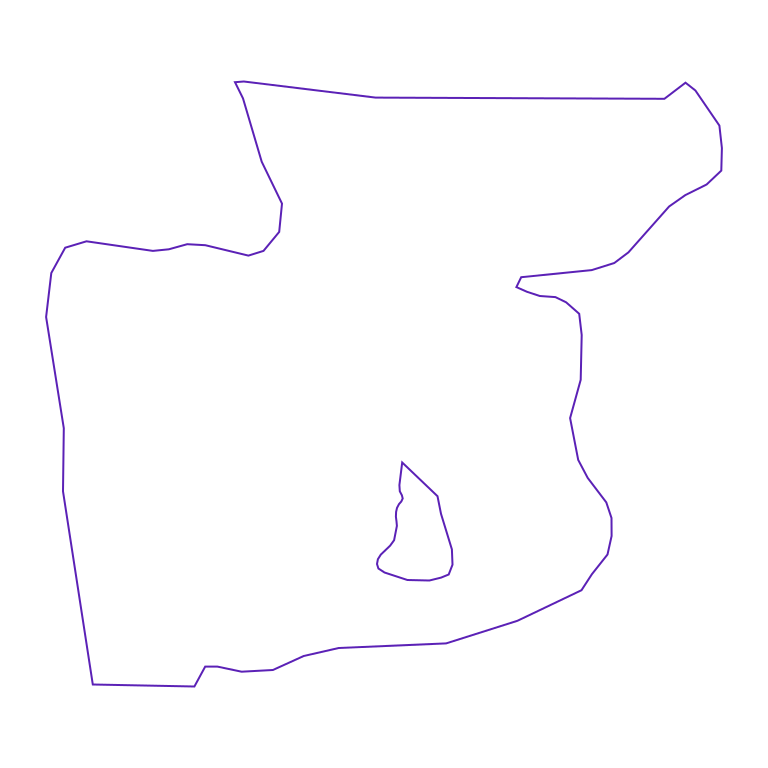 the Region of Tunapuna/Piarco
{"feature_id": "TTO-61", "entity_name": "Tunapuna/Piarco", "entity_type": "Region", "adm_level": 1, "iso_a3": "TTO", "parent_name": "Trinidad and Tobago", "parent_adm1": "", "projection": "mercator", "projection_center": [-61.281, 10.685], "detail": "fine", "context": "isolated", "style": "outline", "palette": "violet", "viewbox_px": 768, "rotation_deg": 0, "n_neighbors": 0, "source": "natural_earth", "source_scale": "10m", "svg_char_len": 1169}
<svg xmlns="http://www.w3.org/2000/svg" viewBox="0 0 768 768"><path d="M235.0,82.2L243.8,81.5L375.6,97.6L664.4,98.8L685.5,82.7L695.4,90.5L719.4,125.6L721.9,148.1L721.3,170.6L706.6,184.5L685.3,195.1L669.1,206.5L628.4,252.4L614.3,263.0L591.7,270.1L521.2,277.2L516.4,287.1L527.0,291.8L539.8,296.0L555.4,297.1L566.1,302.3L579.2,313.8L581.7,335.0L580.7,379.8L570.1,418.1L578.2,459.9L587.7,477.9L606.3,502.4L611.5,518.0L611.6,536.0L607.5,554.5L591.9,574.2L581.5,590.2L517.4,620.8L446.1,643.4L338.7,648.0L303.7,656.0L272.9,670.0L241.6,671.7L217.4,666.6L205.2,666.6L194.4,686.5L92.8,684.5L63.0,491.3L63.8,428.2L46.1,317.0L51.3,273.0L65.2,247.7L86.5,241.3L152.9,250.9L168.8,249.3L187.2,244.2L205.3,245.2L248.4,255.6L263.5,250.9L279.2,231.9L282.0,203.6L261.7,161.7L243.0,98.4L235.0,82.2ZM429.4,580.5L441.1,577.6L448.7,574.5L452.5,564.7L451.9,549.4L441.0,513.8L437.5,496.2L402.2,462.5L399.4,485.1L399.8,491.3L401.9,495.3L402.7,498.5L401.3,501.5L399.0,504.1L397.0,507.9L396.1,511.9L395.9,516.7L396.5,521.4L396.9,525.9L394.1,540.2L390.1,545.7L380.8,554.6L377.9,559.2L377.0,564.0L378.4,568.5L384.5,572.5L407.4,580.0L429.4,580.5Z" fill="none" stroke="#5b21b6" stroke-width="2"/></svg>